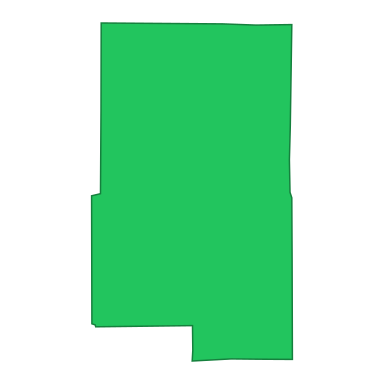 the district of Aitkin, Minnesota, United States of America
{"feature_id": "52423323B37337863606153", "entity_name": "Aitkin", "entity_type": "district", "adm_level": 2, "iso_a3": "USA", "parent_name": "United States of America", "parent_adm1": "Minnesota", "projection": "mercator", "projection_center": [-93.376, 46.592], "detail": "fine", "context": "isolated", "style": "filled", "palette": "green", "viewbox_px": 384, "rotation_deg": 0, "n_neighbors": 0, "source": "geoboundaries", "source_scale": "gbopen_adm2", "svg_char_len": 387}
<svg xmlns="http://www.w3.org/2000/svg" viewBox="0 0 384 384"><path d="M291.8,24.6L256.0,25.1L222.7,23.9L101.2,23.0L101.0,111.3L100.5,193.7L91.6,195.8L91.9,323.8L95.2,324.9L95.7,326.8L192.5,325.6L192.8,350.4L192.2,361.0L231.3,358.9L259.2,359.2L292.4,359.4L292.1,259.3L291.8,197.8L290.0,192.3L289.4,159.7L290.3,125.4L291.8,24.6Z" fill="#22c55e" stroke="#15803d" stroke-width="1.5"/></svg>